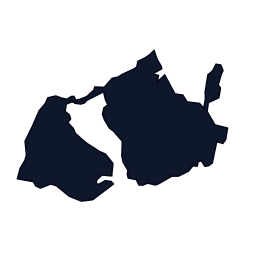 outline of Téra, Tillabéri, Niger, rotated 282°
{"feature_id": "23599985B14211003047249", "entity_name": "Téra", "entity_type": "district", "adm_level": 2, "iso_a3": "NER", "parent_name": "Niger", "parent_adm1": "Tillabéri", "projection": "mercator", "projection_center": [0.75, 14.304], "detail": "fine", "context": "isolated", "style": "filled", "palette": "ink", "viewbox_px": 256, "rotation_deg": 282, "n_neighbors": 0, "source": "geoboundaries", "source_scale": "gbopen_adm2", "svg_char_len": 1644}
<svg xmlns="http://www.w3.org/2000/svg" viewBox="0 0 256 256"><g transform="rotate(282 128 128)"><path d="M74.5,150.5L75.2,154.3L78.1,158.7L78.0,166.6L79.2,168.8L90.0,180.9L91.4,187.3L98.3,196.0L104.5,199.3L105.1,203.6L109.6,203.5L111.2,206.6L106.5,211.2L108.0,214.8L111.3,217.7L133.1,217.6L132.7,224.1L137.1,225.9L148.6,225.4L149.1,212.3L160.7,201.9L169.6,201.3L176.4,210.5L186.2,210.2L189.0,207.3L199.1,207.9L204.0,209.0L208.9,205.6L208.7,200.9L201.3,198.8L196.7,195.1L179.3,196.0L173.0,197.6L163.3,198.0L166.9,192.8L165.8,180.4L171.6,174.8L171.1,166.8L187.5,152.9L179.2,147.1L185.7,146.9L186.0,140.7L193.0,148.7L195.3,147.6L201.2,142.2L209.2,137.4L204.3,134.0L200.5,130.5L195.3,123.9L189.6,123.9L187.3,122.0L179.7,111.8L175.7,107.6L173.3,102.2L162.8,96.3L161.2,87.0L157.8,86.6L150.1,81.1L147.3,76.8L145.8,74.5L144.4,71.0L147.7,68.6L147.0,65.9L143.4,62.4L143.5,56.6L144.3,50.7L142.8,47.4L140.8,43.3L134.9,42.1L126.3,37.5L125.2,37.3L118.8,36.0L111.0,34.4L93.7,30.1L80.3,34.3L75.0,33.9L66.2,30.9L55.3,30.4L55.9,46.6L52.2,49.9L51.0,54.7L57.1,64.0L56.7,69.8L49.0,84.9L46.8,97.7L50.5,108.3L70.2,125.4L72.2,122.7L71.7,116.7L66.6,110.8L67.3,108.3L71.1,108.3L76.6,112.4L77.1,116.8L77.8,122.0L90.2,120.6L97.7,111.5L99.2,104.7L104.5,90.8L107.0,85.9L111.8,77.7L116.2,74.6L120.7,67.9L124.9,70.0L128.6,68.0L131.3,63.0L138.6,62.6L141.8,67.5L141.8,69.7L141.2,70.9L141.6,76.8L143.4,80.1L146.4,81.8L158.4,96.6L151.2,100.0L146.4,103.5L142.6,100.2L136.1,100.2L131.3,103.2L124.1,109.8L121.7,114.9L118.8,118.6L113.9,125.2L99.4,127.8L93.7,130.3L86.6,136.8L82.7,136.9L79.1,138.7L79.3,146.9L74.5,150.5Z" fill="#0f172a" stroke="#020617" stroke-width="1.5"/></g></svg>